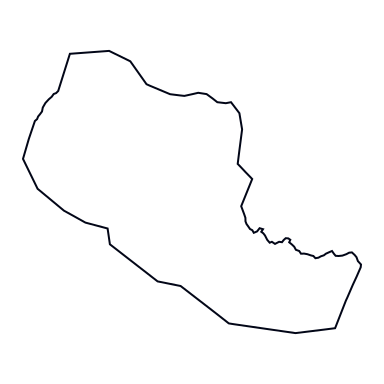 outline of Curral Novo do Piauí, Piauí, Brazil
{"feature_id": "56859067B3641646794779", "entity_name": "Curral Novo do Piauí", "entity_type": "district", "adm_level": 2, "iso_a3": "BRA", "parent_name": "Brazil", "parent_adm1": "Piauí", "projection": "robinson", "projection_center": [-40.704, -7.883], "detail": "fine", "context": "isolated", "style": "outline", "palette": "ink", "viewbox_px": 384, "rotation_deg": 0, "n_neighbors": 0, "source": "geoboundaries", "source_scale": "gbopen_adm2", "svg_char_len": 1411}
<svg xmlns="http://www.w3.org/2000/svg" viewBox="0 0 384 384"><path d="M335.1,328.2L345.9,300.6L347.3,297.6L352.7,285.1L356.5,276.9L360.7,267.3L361.0,264.5L357.9,261.1L356.5,257.2L354.7,255.0L351.9,252.4L349.1,252.7L346.3,254.2L342.4,255.6L338.6,256.0L335.6,255.8L333.8,253.6L332.0,251.0L329.2,252.2L325.9,253.7L323.9,255.3L320.9,256.3L318.4,257.7L315.4,258.2L313.4,256.0L310.9,255.4L307.4,254.2L304.1,253.6L301.0,253.7L299.2,251.0L295.9,249.8L294.2,246.7L291.8,244.4L289.2,242.3L290.3,239.8L288.3,238.4L285.7,238.2L283.7,240.0L282.0,242.2L279.1,241.8L275.0,243.9L271.9,241.8L269.7,242.7L267.2,239.8L265.0,235.5L263.3,233.3L261.3,231.8L263.0,229.2L259.6,228.2L257.1,231.4L253.8,232.8L252.3,230.2L250.0,229.0L248.5,226.8L246.5,224.0L245.5,221.4L245.4,217.8L244.1,214.0L242.6,210.0L241.2,206.2L252.2,179.0L245.4,172.0L241.1,167.4L237.7,163.9L239.4,150.3L242.1,129.4L239.4,113.2L231.0,102.2L225.8,103.2L217.3,102.2L212.5,98.4L206.6,94.1L198.2,92.8L192.6,94.1L184.4,95.9L179.8,95.4L170.1,94.2L149.8,85.7L146.5,84.2L130.3,61.3L109.1,50.9L69.9,53.8L58.2,91.0L56.1,93.1L53.7,94.0L51.7,96.8L48.8,99.3L45.4,103.0L42.8,107.5L42.0,111.5L40.0,114.2L38.1,116.5L37.1,119.1L34.9,121.0L28.8,139.0L23.0,158.9L37.6,188.8L64.0,210.7L73.8,216.1L85.4,222.6L107.6,228.5L109.9,244.3L157.6,281.4L180.6,286.0L214.0,311.8L228.8,323.4L233.8,324.2L295.5,333.1L323.3,329.7L335.1,328.2Z" fill="none" stroke="#020617" stroke-width="2"/></svg>